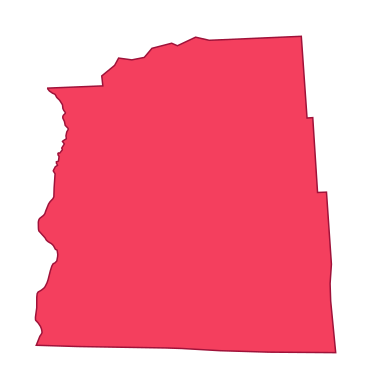 the district of Clinton, New York, United States of America, rotated 183°
{"feature_id": "52423323B88569310946047", "entity_name": "Clinton", "entity_type": "district", "adm_level": 2, "iso_a3": "USA", "parent_name": "United States of America", "parent_adm1": "New York", "projection": "natural_earth1", "projection_center": [-73.439, 44.72], "detail": "fine", "context": "isolated", "style": "filled", "palette": "rose", "viewbox_px": 384, "rotation_deg": 183, "n_neighbors": 0, "source": "geoboundaries", "source_scale": "gbopen_adm2", "svg_char_len": 1692}
<svg xmlns="http://www.w3.org/2000/svg" viewBox="0 0 384 384"><g transform="rotate(183 192 192)"><path d="M91.0,353.2L182.7,344.4L196.5,346.8L214.2,337.3L220.1,339.5L239.5,333.4L246.7,323.9L259.0,320.8L272.3,321.9L275.9,314.4L288.2,303.2L286.6,293.3L341.5,288.2L341.5,287.5L339.7,285.4L336.5,283.4L334.3,282.6L333.6,282.0L332.1,279.5L331.5,278.9L329.0,276.7L325.9,272.3L325.3,268.6L324.4,266.9L322.6,264.6L322.7,263.9L324.3,262.1L324.8,261.2L325.0,260.2L324.8,258.9L323.1,255.8L322.1,251.9L319.1,249.1L318.9,248.5L319.0,247.8L320.2,245.5L320.5,243.7L320.8,241.4L320.3,238.9L320.4,238.5L323.5,236.3L324.0,235.7L322.0,233.3L324.3,229.3L324.3,228.8L323.8,228.0L323.8,227.2L326.0,224.1L326.4,223.9L327.5,224.0L327.9,223.4L327.7,222.0L326.6,220.5L327.0,216.0L327.3,215.6L329.0,215.1L328.9,213.6L327.9,212.2L327.7,211.6L329.8,210.1L331.6,206.2L331.6,205.7L329.7,203.0L329.9,188.9L329.7,180.0L330.5,178.1L333.2,174.9L334.6,172.5L337.1,165.3L337.8,162.7L339.0,160.9L342.8,157.6L343.6,155.9L343.9,153.9L343.5,148.1L343.3,146.5L342.9,145.1L336.4,138.6L335.0,136.4L334.3,135.8L333.0,134.8L329.6,133.0L327.9,131.5L327.2,130.6L325.4,127.6L323.9,127.0L323.6,126.6L322.8,122.7L322.8,120.6L323.4,116.1L325.2,114.0L326.9,113.1L328.1,110.7L329.3,106.1L331.1,97.0L332.0,93.8L333.0,91.5L333.8,89.7L334.9,88.2L337.4,86.0L339.6,84.6L340.4,84.1L341.3,82.4L341.5,78.9L341.0,68.2L341.8,58.7L341.6,56.3L341.4,55.7L338.8,53.2L336.4,50.0L335.2,47.5L334.7,45.6L334.4,43.8L335.0,42.2L336.4,39.9L339.5,30.8L298.2,31.7L209.7,34.9L194.1,35.2L155.8,35.0L107.0,36.1L40.1,39.1L47.8,90.3L49.3,107.7L49.0,127.2L57.7,198.9L66.6,198.1L75.3,272.6L81.0,271.9L91.0,353.2Z" fill="#f43f5e" stroke="#9f1239" stroke-width="1.5"/></g></svg>